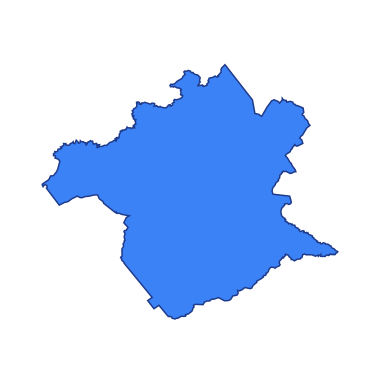 outline of Builsa North, Upper East, Ghana, rotated 247°
{"feature_id": "2480657B79468660523811", "entity_name": "Builsa North", "entity_type": "district", "adm_level": 2, "iso_a3": "GHA", "parent_name": "Ghana", "parent_adm1": "Upper East", "projection": "robinson", "projection_center": [-1.22, 10.711], "detail": "fine", "context": "isolated", "style": "filled", "palette": "blue", "viewbox_px": 384, "rotation_deg": 247, "n_neighbors": 0, "source": "geoboundaries", "source_scale": "gbopen_adm2", "svg_char_len": 6002}
<svg xmlns="http://www.w3.org/2000/svg" viewBox="0 0 384 384"><g transform="rotate(247 192 192)"><path d="M79.3,179.3L78.0,182.5L77.8,184.6L78.0,185.6L80.4,189.0L79.5,193.0L80.8,195.0L83.6,195.5L82.4,197.2L82.5,200.0L83.4,203.3L80.3,207.8L80.2,209.4L82.1,211.7L83.6,216.4L84.6,216.7L85.4,223.1L85.9,224.5L86.6,224.4L87.0,225.5L86.6,226.8L87.0,227.9L88.4,228.5L88.2,229.9L89.6,231.8L90.5,232.2L91.9,235.0L90.7,237.8L89.4,238.6L89.9,240.3L89.9,243.6L90.7,244.7L92.1,244.5L94.2,245.5L95.3,248.2L96.0,248.7L95.6,250.2L96.5,250.2L96.2,251.6L96.9,252.9L98.1,253.4L98.0,254.2L97.3,254.3L96.5,255.8L94.2,256.2L92.4,257.3L91.1,256.9L90.5,258.1L88.6,259.4L89.0,262.4L88.1,265.8L88.7,266.4L88.8,267.7L91.1,269.5L90.8,271.6L89.8,272.2L87.3,277.9L84.6,280.6L84.8,282.8L83.4,283.2L84.2,284.4L83.4,285.1L84.0,286.1L82.5,285.3L80.9,288.7L80.7,289.7L81.4,290.7L81.3,291.6L80.3,292.6L80.9,294.1L80.3,294.1L80.7,295.3L79.5,296.6L79.7,297.8L78.9,298.0L78.5,299.3L79.5,300.5L79.4,301.7L80.2,302.9L81.7,301.5L84.0,300.7L85.7,299.0L88.2,298.7L89.0,297.6L90.3,297.3L91.3,296.0L91.5,294.8L93.0,294.4L94.0,292.8L93.5,291.2L94.5,290.1L95.3,290.3L96.4,288.0L97.1,287.7L97.7,288.2L97.9,287.6L98.7,287.6L101.7,285.9L102.7,286.1L103.3,285.1L104.9,285.5L107.2,282.9L109.2,282.7L109.0,282.2L110.0,281.6L109.7,280.8L111.0,279.7L110.9,279.2L111.5,279.2L112.1,279.9L113.1,279.0L113.1,276.9L113.5,276.1L115.1,275.8L115.3,276.2L116.6,275.3L117.3,275.4L119.2,273.4L121.3,273.6L121.9,271.9L123.1,271.8L123.1,270.8L124.1,270.7L125.0,269.4L124.9,268.6L126.1,268.5L127.4,267.2L127.8,267.6L128.8,266.4L129.9,267.4L130.4,266.8L131.3,267.3L132.5,266.3L135.1,265.2L139.6,266.2L142.0,268.3L143.8,272.2L144.8,272.6L144.1,275.2L142.7,276.3L142.7,278.2L143.9,279.5L150.0,280.3L158.3,265.7L161.4,266.0L164.2,267.8L165.7,270.8L167.7,273.0L168.4,275.5L169.2,276.5L169.9,276.4L170.9,278.3L173.2,279.4L173.4,280.8L174.5,281.8L174.4,282.7L175.4,283.3L175.6,284.0L174.7,284.9L174.3,286.6L170.7,289.6L170.3,291.8L170.7,293.5L170.1,295.5L172.1,295.7L177.3,294.4L179.3,294.6L181.0,293.8L186.3,293.1L189.1,292.0L190.0,294.0L190.7,298.1L192.2,299.5L192.8,301.2L193.7,301.6L194.4,303.6L195.6,305.1L193.8,305.8L193.1,306.7L193.4,313.0L197.0,313.4L199.6,312.2L200.7,313.9L201.2,315.9L206.1,322.7L207.2,326.6L209.4,326.0L212.6,326.2L215.4,324.8L218.3,324.7L219.8,323.6L220.7,324.1L221.6,326.0L225.9,327.1L229.2,324.0L229.4,323.2L230.2,323.0L231.4,321.2L232.4,321.1L233.2,320.0L235.4,319.8L237.1,317.7L237.7,314.3L239.5,314.5L240.9,312.2L243.0,311.7L241.3,310.9L239.6,307.3L241.5,306.8L244.8,303.6L244.8,300.9L240.7,294.1L234.4,285.7L237.6,283.6L239.7,280.6L253.1,283.6L296.3,272.1L294.5,267.7L293.2,266.4L290.9,265.6L289.0,261.4L288.4,261.9L287.9,261.2L288.5,259.3L289.7,258.6L289.4,256.0L290.1,252.4L288.1,250.2L287.1,250.7L286.5,250.3L285.6,247.8L284.4,247.6L284.6,244.0L285.1,243.3L285.8,243.8L286.4,243.4L286.8,241.4L287.8,240.3L287.1,239.5L287.4,239.0L288.7,240.1L290.1,242.6L291.3,242.3L294.1,244.2L297.5,243.0L298.9,241.0L300.3,239.8L301.5,239.7L302.2,238.0L304.0,237.7L305.4,236.0L305.2,234.4L306.2,232.5L305.7,231.4L302.8,231.5L302.2,229.3L300.4,227.1L299.8,221.8L298.4,218.3L298.6,216.4L299.5,214.5L298.8,213.5L297.3,213.3L296.8,215.1L295.9,215.7L296.3,216.8L293.9,218.7L292.5,221.0L290.6,222.3L290.0,221.0L287.9,220.9L286.4,219.6L285.2,219.9L285.0,220.9L284.1,220.9L283.1,220.0L282.5,217.2L282.9,214.1L284.0,212.0L283.3,210.9L281.6,210.8L281.3,208.3L279.6,208.1L279.3,206.8L279.6,205.5L280.9,206.0L281.2,204.5L279.7,201.6L280.0,199.9L282.7,196.1L283.2,196.1L283.4,194.2L285.4,193.1L285.1,192.4L285.9,191.8L285.9,190.6L287.6,192.1L288.6,191.7L289.5,189.6L289.1,188.1L293.1,183.4L293.0,181.9L293.6,180.6L292.5,179.4L293.4,178.0L293.9,178.8L295.5,178.1L295.1,176.9L295.4,176.3L296.1,176.9L296.3,176.0L292.8,174.9L291.5,173.2L291.4,170.9L290.1,169.5L290.1,168.7L288.3,169.0L287.3,167.1L286.2,167.4L285.5,166.9L284.9,168.0L284.2,166.9L283.5,167.4L282.3,166.6L280.3,168.5L280.1,167.4L277.4,167.2L276.7,166.3L276.3,166.4L276.6,165.5L275.8,163.7L274.7,164.6L273.4,164.2L274.4,162.8L274.0,161.3L275.0,160.5L276.3,157.8L277.1,157.6L275.2,155.5L275.7,155.2L275.5,153.5L276.1,152.4L275.4,151.9L276.2,151.4L275.9,149.6L274.7,149.5L273.7,147.8L271.4,146.6L270.7,145.3L271.6,144.1L271.2,142.8L270.3,144.6L270.0,142.7L268.7,142.4L268.9,141.6L270.1,141.4L269.4,137.6L269.8,135.8L268.3,131.8L269.2,129.5L269.2,126.6L269.9,125.0L269.9,122.2L270.3,121.9L270.6,122.8L271.3,122.9L270.9,124.6L271.7,125.4L272.5,122.7L273.4,123.3L274.1,123.0L274.6,119.9L277.7,120.3L278.0,119.1L279.0,118.5L278.5,117.3L278.7,115.9L276.9,113.7L276.9,112.9L278.8,113.6L279.2,112.3L280.5,111.8L281.8,109.5L282.8,109.2L281.1,108.1L281.3,106.6L282.7,106.6L284.9,105.7L282.2,103.1L283.0,102.1L284.7,102.3L284.0,100.5L284.1,98.7L283.1,97.8L283.1,97.0L284.7,94.2L285.8,94.8L286.8,92.7L285.5,92.5L284.9,91.5L284.8,88.6L283.4,89.3L283.0,88.8L283.7,85.4L282.0,84.0L282.0,82.9L282.8,81.5L281.7,81.2L281.3,79.5L279.6,78.7L278.9,80.3L278.2,80.4L276.8,79.2L274.6,81.6L272.0,82.4L265.8,77.6L263.6,75.3L261.2,70.8L262.0,68.1L259.3,65.0L257.8,57.5L257.1,56.9L255.1,57.0L256.0,58.6L256.1,59.9L254.3,61.0L252.8,60.3L252.5,59.5L251.5,59.7L231.8,64.7L232.2,70.7L231.6,74.2L232.7,78.6L233.0,84.9L230.7,86.7L229.8,88.3L229.4,92.4L228.4,95.5L227.5,100.7L226.4,103.6L225.9,104.0L222.0,104.0L217.8,106.4L216.1,106.3L203.5,113.1L203.5,114.4L202.0,114.0L200.6,117.1L199.1,118.3L194.6,124.9L194.1,121.5L190.3,117.2L184.4,119.3L182.4,116.4L182.9,114.9L182.0,113.8L179.9,114.2L177.2,112.0L173.6,111.4L173.5,110.5L172.1,110.0L171.3,108.4L168.7,107.8L166.9,105.2L160.3,102.6L160.1,101.5L159.3,100.6L158.5,101.2L156.7,100.7L153.4,102.1L152.9,101.7L110.6,114.1L109.3,108.8L99.4,111.4L100.6,117.3L86.7,121.5L85.6,124.0L83.5,124.5L81.7,126.8L81.9,128.6L81.4,129.2L81.5,131.8L82.0,132.7L80.2,137.4L80.5,138.0L81.6,138.1L81.2,141.1L82.4,145.5L84.8,147.6L85.3,148.9L87.2,149.2L87.2,151.5L84.0,158.1L85.7,160.6L85.9,162.8L84.8,165.9L85.7,167.9L84.8,170.4L84.4,175.2L79.3,179.3Z" fill="#3b82f6" stroke="#1e3a8a" stroke-width="1.5"/></g></svg>